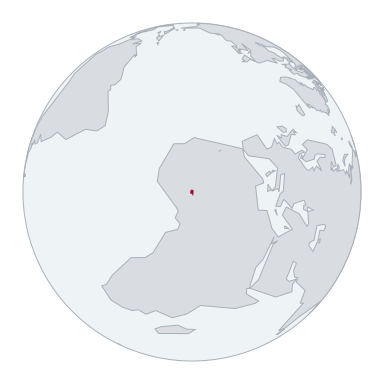 Yagha highlighted on a globe, orthographic projection, rotated 63°
{"feature_id": "BFA-2877", "entity_name": "Yagha", "entity_type": "Province", "adm_level": 1, "iso_a3": "BFA", "parent_name": "Burkina Faso", "parent_adm1": "", "projection": "orthographic", "projection_center": [0.646, 13.4], "detail": "fine", "context": "on_globe", "style": "filled", "palette": "rose", "viewbox_px": 384, "rotation_deg": 63, "n_neighbors": 0, "source": "natural_earth", "source_scale": "10m", "svg_char_len": 9156}
<svg xmlns="http://www.w3.org/2000/svg" viewBox="0 0 384 384"><g transform="rotate(63 192 192)"><circle cx="192" cy="192" r="169" fill="#eef3f6" stroke="#a8b0b8"/><path d="M148.7,28.7L148.0,28.9L130.8,35.2L133.8,34.3L129.2,36.9L130.9,36.9L127.2,38.6L131.9,37.3L134.9,35.8L137.9,34.9L139.3,34.9L134.8,36.9L133.5,37.1L132.8,37.8L130.0,38.8L132.2,38.3L126.6,41.0L134.0,38.6L131.1,40.9L126.9,42.7L124.9,42.2L110.1,46.8L105.2,49.3L100.3,52.9L96.2,59.9L91.8,63.2L87.6,67.9L91.1,65.9L95.6,61.7L101.1,59.7L106.0,55.2L109.0,54.0L115.0,50.0L116.7,51.1L115.1,54.6L110.2,58.1L109.3,59.9L116.1,57.3L109.0,65.2L107.8,73.2L105.7,75.5L97.8,77.9L92.5,75.4L82.2,80.5L91.4,78.0L86.0,84.7L86.2,86.3L88.0,86.7L91.1,84.7L89.8,87.4L80.1,90.3L81.2,87.9L84.2,86.8L81.7,85.9L75.1,88.9L72.9,92.5L65.4,94.7L63.7,97.5L61.1,99.8L64.3,95.1L58.4,103.9L49.3,110.9L41.0,127.5L46.3,113.3L46.5,110.6L45.9,109.3L44.5,111.9L45.7,107.9L43.9,110.7L50.3,100.0L57.4,89.9L65.3,80.2L73.8,71.2L83.0,62.9L92.8,55.2L103.2,48.3L114.0,42.1L125.2,36.8L136.8,32.3L148.7,28.7ZM32.6,135.9L32.2,137.5L34.3,132.5L35.0,133.1L29.5,147.3L29.9,152.6L27.0,164.1L26.4,171.1L27.8,171.1L28.9,175.7L31.4,170.0L34.7,168.2L33.0,177.8L36.2,170.1L37.1,175.8L44.7,179.2L43.7,181.1L49.8,195.7L59.3,204.0L61.5,211.9L60.1,215.8L64.0,218.2L64.1,221.1L82.1,229.9L93.4,239.2L94.4,249.1L87.7,258.6L88.0,280.6L77.6,284.8L79.2,293.2L78.6,303.6L71.7,300.4L78.1,307.5L78.0,310.1L74.7,308.9L78.0,313.1L75.8,312.1L80.1,315.8L82.3,319.6L88.5,324.8L91.6,327.8L95.8,330.8L94.8,330.2L95.4,330.6L95.7,330.8L81.2,319.6L80.7,319.1L80.2,318.7L78.1,316.8L72.4,311.1L73.1,312.0L62.4,299.8L56.3,290.3L41.8,259.7L38.5,252.5L32.9,242.3L25.7,215.1L25.6,206.1L24.9,200.8L27.2,189.2L28.0,175.7L27.5,173.1L26.2,177.1L25.9,166.1L27.7,155.4L29.3,146.5L32.6,135.9ZM38.4,133.0L39.0,144.6L36.3,143.6L37.3,142.5L37.6,138.2L37.4,133.5L35.7,133.5L38.4,133.0ZM43.9,125.5L43.6,124.2L44.3,124.8L43.9,125.5ZM113.7,49.7L114.3,49.9L112.9,50.5L113.7,49.7ZM115.7,48.0L113.6,48.7L114.2,48.0L115.5,47.6L115.7,48.0ZM118.2,47.4L115.6,46.7L116.8,45.5L122.7,43.1L118.2,47.4ZM135.3,35.4L132.1,36.9L133.5,35.7L135.3,35.4ZM135.5,34.8L135.5,33.2L140.9,31.3L139.8,32.0L145.7,29.9L148.3,29.7L145.6,30.8L141.7,32.0L145.7,31.1L135.5,34.8ZM139.3,34.4L138.8,34.1L143.4,32.3L145.2,32.7L143.1,33.1L139.3,34.4ZM146.0,29.6L149.8,28.5L152.9,28.0L154.8,27.6L148.9,29.5L146.0,29.6ZM142.8,33.5L146.0,32.9L145.0,33.9L140.0,34.6L142.8,33.5ZM143.9,31.8L146.1,31.1L145.5,31.6L143.9,31.8ZM143.4,37.6L142.7,36.9L145.1,35.9L143.4,37.6ZM147.3,32.7L147.6,32.4L148.4,32.0L150.3,31.8L147.3,32.7ZM151.5,29.2L152.0,29.3L154.1,28.3L156.5,28.2L152.1,29.6L155.0,28.9L155.8,28.9L151.4,30.1L151.5,29.2ZM154.8,30.6L150.0,32.8L150.7,34.1L148.7,35.0L147.9,32.8L154.8,30.6ZM153.1,30.2L153.7,30.6L150.8,31.3L148.7,31.5L153.1,30.2ZM159.7,27.7L157.1,27.5L158.2,27.3L159.7,27.7ZM155.5,30.8L156.7,30.3L155.9,30.8L155.5,30.8ZM159.1,28.4L158.0,28.3L159.2,28.0L159.1,28.4ZM159.8,29.5L158.3,30.1L156.8,30.2L159.8,29.5ZM159.9,28.9L161.9,28.5L157.2,29.8L159.3,28.9L159.9,28.9ZM160.4,28.1L160.8,27.9L160.7,28.2L160.4,28.1ZM166.4,29.2L160.8,30.9L157.5,30.9L163.4,29.2L166.4,29.2ZM97.4,332.0L96.1,331.0L103.0,335.5L101.3,334.6L97.4,332.0ZM100.0,332.7L100.9,332.5L102.5,333.5L102.3,333.9L100.0,332.7ZM225.9,26.5L224.1,26.1L223.8,26.1L225.9,26.5ZM353.9,143.6L354.1,144.3L352.2,138.2L347.8,127.9L348.9,134.1L351.9,153.7L355.3,169.7L355.0,178.0L347.2,157.8L341.6,143.4L340.2,146.0L331.1,136.0L319.3,140.0L316.4,136.6L314.5,139.3L307.9,137.0L303.0,131.5L299.6,132.9L312.2,147.5L315.7,146.2L317.0,138.7L320.0,144.4L326.2,148.2L323.6,165.0L304.1,184.1L300.3,172.4L275.3,143.3L275.0,139.6L274.8,139.2L274.4,138.5L274.1,144.7L269.2,139.1L284.6,159.7L288.0,169.2L303.9,184.9L302.8,187.0L307.4,189.9L319.4,182.1L319.9,186.2L315.4,206.5L297.0,235.9L298.3,252.2L295.1,266.6L281.2,278.1L280.0,288.5L272.5,293.3L270.4,299.2L263.0,306.2L251.5,313.2L234.6,315.1L235.4,310.0L229.8,300.6L222.9,276.0L229.1,263.6L228.4,254.3L216.0,233.9L218.8,221.8L215.0,217.0L207.4,218.7L202.8,212.9L198.0,213.0L166.7,218.1L156.1,210.3L140.8,186.2L145.6,176.5L144.5,165.4L176.3,127.5L185.2,129.3L212.7,123.0L216.5,124.1L215.6,132.7L238.2,141.2L242.6,133.6L260.7,137.3L271.2,135.5L270.7,119.5L253.5,121.9L248.2,114.8L260.1,106.4L274.8,105.2L273.2,102.5L262.0,97.6L263.3,92.1L257.8,95.6L261.6,98.0L258.2,100.5L254.6,98.5L255.2,96.5L250.2,95.9L248.5,106.5L252.1,110.1L240.3,113.5L245.1,120.0L242.6,123.7L233.5,114.1L232.8,110.3L217.5,101.0L217.1,105.2L231.5,114.5L227.9,114.0L227.5,120.6L225.0,115.2L209.3,104.8L197.3,108.3L185.4,125.2L177.6,127.0L169.6,124.3L170.5,108.0L187.7,105.9L188.2,100.9L181.8,94.3L187.6,94.5L187.1,91.8L193.3,91.0L199.2,84.0L205.1,82.9L204.6,75.0L207.6,73.6L207.0,78.5L209.7,81.7L224.0,79.9L226.0,78.0L224.5,73.2L228.6,73.7L225.4,69.3L232.2,66.8L221.2,66.6L219.2,61.8L221.8,57.9L219.1,56.5L214.9,63.0L215.0,65.8L218.2,68.1L216.8,76.6L212.5,78.5L206.5,70.0L199.7,72.1L198.0,65.3L210.5,50.5L217.2,47.6L234.0,51.6L234.1,54.4L228.0,54.2L236.2,58.4L234.3,56.1L237.7,56.7L236.6,53.0L239.0,53.3L233.9,49.5L236.7,49.5L239.9,51.9L240.7,47.2L245.8,46.7L244.8,45.6L242.4,44.5L250.4,45.0L249.3,44.2L246.3,43.6L242.2,41.7L238.1,38.8L241.1,39.2L243.0,40.2L251.5,43.4L256.0,46.7L256.8,46.6L253.6,43.9L243.3,39.9L239.9,38.1L244.9,39.6L242.8,38.9L242.1,38.1L244.2,37.9L238.8,36.2L227.0,29.4L229.9,28.8L235.6,30.4L230.5,27.8L234.2,28.4L231.4,27.7L228.9,27.1L240.5,30.1L251.8,34.0L262.8,38.6L273.4,44.0L283.7,50.1L293.5,56.9L302.8,64.4L311.5,72.6L319.6,81.3L327.1,90.6L334.0,100.4L340.1,110.7L345.5,121.3L350.1,132.3L353.9,143.6ZM168.0,146.6L167.8,149.9L168.0,146.6ZM292.4,112.3L299.9,111.3L293.0,102.6L295.4,101.6L292.2,99.2L292.5,102.0L284.2,95.4L286.2,92.1L283.5,88.4L280.9,88.7L278.6,95.9L290.4,105.1L290.2,109.3L292.4,112.3ZM45.0,179.2L45.7,181.5L44.3,180.9L45.0,179.2ZM34.7,147.1L35.5,148.1L35.4,150.0L34.6,149.9L34.7,147.1ZM43.7,153.9L45.1,155.6L43.1,155.4L43.7,153.9ZM39.4,146.3L42.5,152.9L38.8,153.8L37.0,149.8L38.9,150.2L39.4,146.3ZM41.1,130.4L41.3,131.6L40.4,133.1L41.1,130.4ZM44.4,125.9L44.1,125.9L44.6,124.3L44.4,125.9ZM86.6,84.5L87.3,84.4L88.6,85.3L86.9,86.0L86.6,84.5ZM101.0,84.0L98.5,88.4L99.1,85.5L96.2,87.0L93.8,83.1L104.5,76.5L100.1,80.0L101.0,84.0ZM93.6,76.9L93.9,79.6L93.2,76.9L93.6,76.9ZM178.2,79.3L181.2,80.7L180.2,83.8L172.7,86.6L174.1,81.9L178.2,79.3ZM185.8,82.0L181.9,73.6L186.4,72.0L184.5,74.2L187.9,74.0L185.8,77.6L193.8,84.9L193.5,88.2L179.9,90.7L184.5,87.9L181.3,86.5L185.8,82.0ZM164.2,59.4L162.5,57.0L174.4,56.4L174.5,58.8L167.1,61.4L162.5,60.1L164.2,59.4ZM129.2,43.9L127.8,43.9L129.0,43.2L131.2,42.7L129.2,43.9ZM142.9,37.4L136.5,43.7L134.6,43.8L133.1,48.0L127.5,50.1L128.6,47.3L123.2,52.4L122.0,50.7L118.9,54.2L122.0,47.6L120.7,46.7L124.3,46.8L129.5,44.7L131.4,43.6L135.6,39.8L135.4,37.3L140.5,35.3L144.1,34.6L145.0,34.8L141.4,36.0L145.1,35.5L140.5,37.4L142.9,37.4ZM184.2,33.6L179.7,33.6L186.3,35.3L181.8,36.3L182.9,36.4L180.5,38.0L179.5,40.2L177.2,40.5L177.8,41.3L176.3,42.5L176.3,43.7L172.1,44.8L171.8,46.6L170.0,46.1L170.7,48.9L168.3,47.4L166.0,49.1L169.6,49.7L146.5,54.9L138.7,59.0L133.5,63.6L130.0,61.0L132.6,55.4L138.6,49.3L146.6,46.0L143.6,45.7L146.5,44.1L147.7,45.0L147.7,42.8L150.4,41.8L155.7,37.9L154.0,35.8L155.9,34.6L157.9,34.9L158.4,33.4L163.5,33.3L165.0,32.5L171.5,31.9L174.6,33.4L176.0,32.4L181.1,32.2L184.2,33.6ZM168.2,29.1L172.9,30.1L172.8,31.3L161.4,32.0L159.4,32.8L152.1,33.8L152.5,32.2L154.5,32.0L156.6,31.4L155.6,32.2L158.0,31.2L160.8,31.0L163.4,30.3L164.2,30.8L168.2,29.1ZM219.5,120.7L222.2,120.8L226.1,120.0L225.8,124.4L219.5,120.7ZM208.7,113.6L210.9,112.8L212.5,118.1L209.7,118.3L208.7,113.6ZM210.8,108.2L210.9,112.4L209.2,110.2L210.8,108.2ZM208.9,77.8L211.1,76.9L211.9,78.0L211.3,79.8L208.9,77.8ZM202.9,40.5L200.4,39.9L200.7,39.5L197.2,37.2L200.2,36.6L203.5,37.7L202.9,40.5ZM268.6,122.5L266.4,126.0L264.5,124.8L265.6,123.8L268.6,122.5ZM245.7,125.3L251.6,126.7L245.6,126.5L245.7,125.3ZM205.7,39.5L203.9,38.6L206.5,38.8L205.7,39.5ZM202.3,36.1L205.1,36.1L200.2,36.3L202.3,36.1ZM295.8,324.9L294.4,326.2L293.2,326.9L295.8,324.9ZM316.6,259.5L303.0,285.8L297.2,287.2L298.0,280.4L304.3,265.0L311.7,259.2L315.9,251.6L316.6,259.5ZM355.7,171.0L357.8,179.5L357.3,181.9L355.7,171.0ZM229.2,35.9L230.7,39.4L233.8,42.2L238.7,43.9L232.4,43.3L227.6,39.0L229.2,35.9ZM226.9,30.0L222.6,29.0L224.0,28.9L225.2,29.1L226.9,30.0ZM224.7,29.8L220.3,29.9L217.6,29.0L221.6,29.1L224.7,29.8ZM213.2,33.8L213.4,34.8L211.3,34.4L213.2,33.8ZM221.8,25.7L223.6,26.0L221.3,25.6L221.8,25.7ZM215.0,24.6L216.5,24.9L213.7,24.4L215.0,24.6ZM220.0,25.6L216.5,24.9L221.7,25.8L220.0,25.6Z" fill="#d9dde1" stroke="#a8b0b8" stroke-width="1"/><path d="M191.6,190.7L191.7,190.8L191.8,190.8L191.9,191.0L192.3,191.2L192.3,191.3L192.5,191.3L192.9,191.5L193.0,191.6L193.1,191.8L193.5,192.0L193.8,192.2L193.7,192.2L193.5,192.3L193.4,192.2L193.0,192.1L192.9,192.2L192.9,192.5L192.9,192.9L192.6,193.1L192.4,193.2L192.3,193.3L192.2,193.3L191.9,193.3L191.8,193.2L191.7,193.1L191.6,192.9L191.4,192.8L191.4,192.7L191.0,192.6L190.9,192.5L190.9,192.3L190.7,192.2L190.5,191.9L190.4,191.7L190.4,191.4L190.5,191.4L190.7,191.2L190.8,191.2L191.0,191.0L191.2,190.9L191.3,190.9L191.5,190.8L191.5,190.7L191.6,190.7Z" fill="#f43f5e" stroke="#9f1239" stroke-width="1.5"/></g></svg>